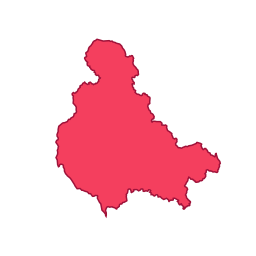 Huanta, Ayacucho, Peru (Albers equal-area conic projection), rotated 163°
{"feature_id": "86281439B1534497598484", "entity_name": "Huanta", "entity_type": "district", "adm_level": 2, "iso_a3": "PER", "parent_name": "Peru", "parent_adm1": "Ayacucho", "projection": "albers", "projection_center": [-74.213, -12.61], "detail": "fine", "context": "isolated", "style": "filled", "palette": "rose", "viewbox_px": 256, "rotation_deg": 163, "n_neighbors": 0, "source": "geoboundaries", "source_scale": "gbopen_adm2", "svg_char_len": 5781}
<svg xmlns="http://www.w3.org/2000/svg" viewBox="0 0 256 256"><g transform="rotate(163 128 128)"><path d="M104.4,187.1L104.3,189.0L103.2,190.7L103.0,192.3L102.2,193.0L102.7,195.8L103.5,196.2L104.2,195.9L104.5,195.9L105.3,196.4L106.6,195.9L107.5,196.0L109.2,197.2L109.4,197.8L108.7,199.1L108.6,202.1L109.0,204.2L109.8,205.8L110.1,208.3L111.4,210.7L114.5,212.6L115.1,213.4L117.1,214.6L117.4,214.9L117.6,215.6L118.5,215.9L119.5,216.0L120.4,217.0L126.3,218.4L131.7,221.9L133.7,221.1L134.8,221.2L136.6,220.2L137.2,219.2L138.3,218.6L139.3,217.6L140.4,217.2L141.6,216.5L142.5,215.5L142.9,214.6L144.2,213.0L146.2,212.3L146.5,211.8L146.6,208.7L147.0,208.3L148.2,208.2L148.9,207.8L149.1,207.2L148.7,204.8L148.2,204.1L148.1,203.4L147.4,202.8L147.5,202.2L148.2,201.6L148.5,200.1L148.2,199.4L147.1,198.4L146.5,198.2L146.9,197.1L146.3,196.2L146.3,195.3L145.1,193.6L143.6,192.9L143.3,192.2L144.0,191.2L143.1,190.3L143.1,189.7L143.5,189.0L143.3,188.4L142.6,187.5L141.0,187.1L140.7,186.3L140.7,184.9L139.8,184.0L139.9,183.8L141.7,183.2L142.2,182.2L142.4,181.2L143.4,180.8L144.2,180.1L145.2,179.8L145.8,180.2L146.5,179.7L147.3,179.9L148.3,179.6L148.8,180.5L149.5,180.7L150.5,182.7L150.9,182.6L151.4,182.9L152.4,182.6L152.4,181.6L153.0,181.7L153.8,181.4L155.7,183.4L156.0,184.5L156.6,184.2L158.2,183.9L159.3,182.7L161.4,182.4L161.8,181.9L161.6,181.4L161.8,180.9L164.2,179.8L165.5,178.1L166.0,177.7L167.2,177.5L167.6,176.9L168.9,176.9L169.9,177.9L170.9,177.4L171.5,176.9L171.6,175.8L170.9,174.6L171.7,172.9L172.0,170.7L173.2,167.8L171.7,164.5L171.4,163.0L172.3,160.4L172.5,158.6L173.3,157.7L174.5,157.3L175.2,157.5L176.3,155.5L177.0,154.8L179.7,154.2L180.9,153.2L182.3,153.6L184.1,151.9L186.9,151.6L188.6,151.9L189.5,151.7L193.7,149.9L195.2,147.1L195.8,145.1L197.8,142.5L198.2,140.8L197.7,139.3L197.8,138.3L198.4,137.3L199.8,137.0L201.1,135.6L200.9,134.4L200.3,132.9L199.9,130.6L200.5,129.8L201.1,128.4L202.1,127.4L202.3,125.4L203.0,123.5L205.5,120.7L205.0,118.1L206.0,113.5L205.8,111.3L205.1,111.4L204.0,112.8L203.1,113.1L201.8,112.6L200.9,111.6L200.8,110.7L201.3,109.6L200.8,107.5L201.4,105.3L201.0,102.4L200.4,101.4L200.0,100.1L198.0,97.1L197.2,94.9L195.8,89.8L195.5,87.9L194.4,84.8L191.5,84.1L190.4,82.0L189.5,81.7L187.5,80.0L185.7,78.9L185.0,77.9L184.8,76.9L184.4,76.6L183.0,76.1L182.0,73.3L181.6,72.9L180.4,72.7L179.1,73.1L177.0,72.3L176.9,71.7L177.8,69.9L177.0,65.3L176.2,63.4L176.9,57.0L175.5,54.4L174.7,52.1L175.0,50.8L174.8,50.0L174.3,50.9L173.6,53.2L173.6,55.4L173.4,56.1L172.0,57.9L170.8,58.7L169.9,58.6L168.8,57.7L166.2,57.3L165.5,56.5L164.1,55.7L162.9,54.1L162.5,53.9L161.5,55.0L160.5,55.1L159.3,55.6L158.8,56.8L158.4,57.2L157.3,57.6L156.5,57.2L156.0,57.3L154.9,58.3L153.5,58.1L150.5,58.7L150.3,58.9L149.7,63.0L149.2,63.9L149.1,65.0L147.4,66.2L146.0,69.0L145.5,69.3L144.7,69.3L143.9,69.0L143.6,68.3L143.5,66.8L143.8,65.8L143.5,65.3L141.3,65.8L140.7,66.4L140.7,67.2L140.1,67.3L137.5,66.5L136.2,64.8L134.3,65.1L133.4,65.8L132.3,65.6L131.7,65.1L131.9,63.1L131.2,62.7L129.2,62.7L127.7,61.8L127.3,61.9L126.4,62.9L125.3,62.5L124.6,61.6L124.8,61.2L126.0,60.3L124.9,59.3L125.4,57.5L124.0,57.2L123.3,55.8L122.4,55.2L120.7,55.9L119.7,55.7L119.3,55.1L119.3,53.2L117.2,52.9L116.2,50.9L114.7,49.2L111.7,49.5L110.2,47.4L110.4,46.2L110.2,45.8L109.0,46.4L108.4,46.5L106.0,45.9L105.6,46.3L105.3,47.5L103.9,47.2L100.8,44.1L101.0,43.6L102.2,43.3L101.6,42.2L101.7,41.3L101.4,40.0L100.8,39.3L99.8,39.9L99.1,39.8L99.1,38.8L97.6,36.0L98.8,35.3L98.9,34.8L98.4,34.1L97.8,34.1L95.4,35.7L94.6,35.6L94.0,36.2L92.0,35.8L91.3,36.3L91.7,37.2L91.6,37.8L90.9,37.7L90.2,38.3L89.9,39.3L90.3,39.7L90.3,40.2L90.8,40.6L91.1,41.5L91.7,42.0L91.7,42.7L92.4,44.0L92.2,46.0L92.6,47.1L90.7,49.2L90.6,49.8L90.1,50.8L88.9,52.0L89.2,53.9L90.7,55.4L90.8,56.1L90.4,56.6L89.5,57.0L88.3,58.5L86.3,60.1L85.5,61.7L84.2,63.2L83.5,62.4L82.9,60.7L81.5,60.3L80.9,59.8L80.9,59.3L80.3,58.9L80.0,57.9L79.3,57.5L79.3,56.6L78.4,56.1L76.0,55.8L74.9,56.5L73.1,56.1L72.1,56.3L71.0,57.6L69.9,57.4L67.9,58.9L67.3,60.9L67.6,61.1L67.7,61.9L66.3,62.7L65.4,64.8L64.0,64.8L62.8,63.1L61.9,63.1L61.5,62.6L60.6,62.3L59.6,61.1L58.0,60.8L56.0,59.5L55.3,59.7L54.8,60.2L54.3,61.7L53.3,62.3L53.0,63.2L51.8,64.3L51.3,66.4L50.1,67.2L50.0,69.3L51.1,72.0L51.3,73.0L51.3,77.1L51.1,77.8L51.5,77.9L52.0,77.5L52.9,75.4L53.4,75.1L55.8,77.6L56.6,77.9L56.8,78.2L56.9,80.1L58.0,80.9L58.7,81.9L58.7,83.5L59.5,84.7L59.6,85.6L60.7,86.0L62.2,85.3L62.6,85.5L62.9,86.9L63.2,87.4L63.2,88.9L63.4,89.6L62.3,91.0L63.1,92.0L66.1,94.0L66.6,94.0L67.2,93.3L70.2,93.0L72.1,92.8L75.0,93.2L76.4,92.8L78.5,93.7L79.7,93.4L80.8,93.5L81.7,93.2L83.0,93.1L84.0,93.9L85.7,94.5L86.4,96.5L87.3,97.8L86.9,99.4L85.2,100.6L85.0,101.7L84.5,102.9L85.1,104.1L85.6,104.2L86.7,103.9L87.9,105.3L87.9,107.0L88.2,108.5L87.7,109.9L88.2,110.7L88.8,111.1L89.0,111.9L90.5,113.5L90.9,114.2L91.0,117.2L90.3,118.5L90.4,118.9L91.2,119.9L92.4,119.9L93.5,120.5L94.7,120.8L94.8,121.2L94.2,122.3L94.3,123.2L95.3,124.7L98.6,125.7L100.4,126.6L102.1,127.1L102.9,126.6L103.4,126.8L103.5,127.8L103.3,128.5L102.1,129.4L100.9,129.3L100.4,129.7L100.4,130.3L99.7,130.9L99.7,131.4L100.1,133.6L100.8,134.7L101.8,135.5L101.8,137.9L102.5,138.9L102.7,139.6L102.8,143.0L101.6,144.8L100.5,144.8L100.0,145.1L99.6,146.8L98.3,149.9L98.2,150.9L100.0,152.9L100.1,154.2L101.9,155.1L102.0,155.6L101.7,156.0L102.6,156.6L103.3,156.7L104.2,156.2L104.8,155.3L105.6,155.1L106.8,155.7L107.9,157.1L109.2,157.6L109.7,158.1L110.8,160.0L109.8,161.5L110.4,162.4L111.3,163.1L111.3,163.7L110.9,164.4L111.6,166.0L111.3,167.0L111.3,168.8L110.9,169.0L109.3,168.3L108.8,169.7L109.6,171.2L109.5,172.5L110.0,173.8L109.5,174.9L109.1,175.2L107.0,174.4L106.5,174.7L106.2,175.6L105.7,175.9L104.5,176.0L103.5,175.4L102.3,176.2L102.0,178.1L101.6,179.3L101.7,180.8L102.7,182.5L102.7,183.4L104.0,185.7L104.4,187.1Z" fill="#f43f5e" stroke="#9f1239" stroke-width="1.5"/></g></svg>